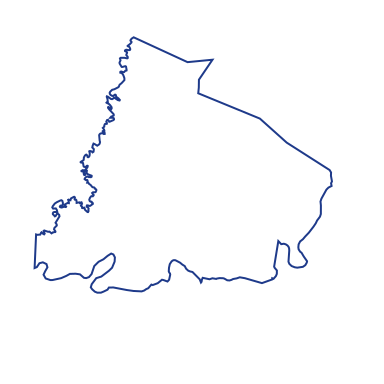 San Jorge Nuchita, Oaxaca, Mexico (orthographic projection), rotated 290°
{"feature_id": "50627088B4984202667575", "entity_name": "San Jorge Nuchita", "entity_type": "district", "adm_level": 2, "iso_a3": "MEX", "parent_name": "Mexico", "parent_adm1": "Oaxaca", "projection": "orthographic", "projection_center": [-98.098, 17.686], "detail": "fine", "context": "isolated", "style": "outline", "palette": "blue", "viewbox_px": 384, "rotation_deg": 290, "n_neighbors": 0, "source": "geoboundaries", "source_scale": "gbopen_adm2", "svg_char_len": 5774}
<svg xmlns="http://www.w3.org/2000/svg" viewBox="0 0 384 384"><g transform="rotate(290 192 192)"><path d="M268.1,87.3L265.9,87.2L265.0,86.7L262.0,83.9L260.7,82.0L258.2,80.8L257.0,80.7L256.0,81.3L255.3,82.4L255.0,84.2L255.4,85.1L257.2,86.4L257.2,87.0L256.9,87.4L256.1,87.8L255.5,88.4L254.8,90.9L253.8,92.7L253.2,92.6L253.0,90.9L254.1,86.5L252.8,85.9L251.9,85.1L251.7,84.0L252.8,80.3L252.8,79.3L252.3,79.3L250.6,80.7L247.8,82.1L247.3,81.3L246.7,81.1L246.5,81.8L246.4,83.6L245.6,85.4L244.2,87.4L243.2,87.9L242.4,87.8L242.5,87.0L243.3,84.4L242.9,84.1L242.3,84.4L241.2,86.1L238.4,91.6L237.6,92.2L237.0,92.2L235.7,91.0L235.4,90.4L233.8,89.8L234.6,91.9L234.6,92.8L234.5,93.4L233.5,93.9L232.7,93.6L229.9,90.6L229.7,90.2L230.8,89.0L231.0,88.4L230.9,88.0L230.6,87.6L228.8,87.4L227.9,88.3L227.4,88.6L226.9,88.6L226.4,87.3L226.0,86.9L224.6,86.8L223.4,87.2L221.7,86.3L220.6,88.0L219.6,88.7L218.7,87.3L218.3,87.4L218.1,88.9L217.7,89.7L216.7,90.1L216.3,89.3L216.6,88.0L216.1,86.6L215.3,85.7L214.5,85.4L213.7,85.3L208.6,87.7L207.5,88.5L205.8,88.7L204.9,88.4L203.1,87.1L203.7,84.3L203.8,82.9L201.7,82.8L199.7,83.1L199.1,84.5L198.7,85.1L196.2,85.7L195.2,85.0L195.8,83.8L195.7,82.4L195.3,81.6L194.9,81.6L193.8,82.5L192.4,83.0L191.1,83.3L190.0,83.2L189.2,82.6L189.1,82.2L189.2,81.9L190.3,81.1L190.9,80.3L191.0,79.9L190.7,79.5L189.6,78.9L187.4,78.6L185.3,79.2L184.7,79.1L182.2,77.1L181.8,77.2L181.7,77.5L182.1,79.4L181.9,79.7L179.0,81.4L178.8,81.8L178.9,83.4L180.6,84.2L180.9,84.6L180.9,85.0L180.1,85.3L179.0,85.2L176.3,84.0L176.5,85.1L176.2,85.9L175.1,86.1L175.3,85.0L175.3,82.2L175.1,81.7L173.9,80.9L173.7,81.1L174.1,83.1L173.9,83.6L172.9,83.6L171.4,84.5L171.1,85.0L171.5,85.7L172.1,85.8L173.2,85.4L173.6,85.9L173.6,86.9L173.0,88.3L173.0,92.0L172.8,92.3L171.9,92.4L171.3,91.9L171.1,90.7L170.7,90.1L170.8,88.6L170.2,87.5L168.7,86.8L167.6,86.6L167.3,86.7L166.9,88.3L167.4,89.4L167.2,89.8L166.5,90.2L164.9,90.3L165.3,91.4L164.5,92.3L163.9,94.4L162.8,96.2L162.5,96.9L162.8,98.4L162.6,99.1L161.9,99.5L161.9,100.4L161.3,101.4L160.5,101.6L158.9,101.4L158.6,101.0L157.9,99.1L156.9,98.5L156.1,99.5L155.6,100.6L155.1,100.7L154.0,100.2L153.8,99.1L153.3,98.6L151.5,98.1L149.6,98.1L148.5,99.0L148.2,99.9L148.5,100.3L148.5,101.1L147.7,101.6L147.6,102.6L146.9,102.9L144.2,101.1L143.9,100.6L143.8,98.6L143.4,97.8L142.5,97.9L142.1,98.3L141.9,99.3L141.5,100.1L140.9,100.6L140.2,100.6L138.7,101.3L137.6,101.2L137.4,100.7L138.6,97.7L139.4,96.9L140.0,96.7L140.5,96.2L140.3,95.7L139.5,95.0L139.4,94.2L140.8,93.5L141.0,93.1L141.0,92.5L141.3,92.2L143.3,92.7L144.5,91.8L144.5,91.4L143.4,90.8L143.1,90.4L143.7,89.6L142.3,87.3L143.8,86.7L144.9,86.0L145.1,85.6L144.7,84.7L144.9,84.3L145.1,84.1L146.9,83.8L147.2,82.9L146.9,82.5L144.6,80.5L142.7,80.6L142.7,78.7L142.3,78.3L140.3,79.8L139.4,80.1L139.2,78.9L136.8,76.8L136.1,77.1L135.3,78.7L134.7,78.6L134.5,77.9L134.8,77.2L133.2,75.4L132.7,74.5L132.7,73.2L133.1,72.8L134.1,73.0L134.5,73.5L135.2,75.0L136.0,75.0L137.8,74.3L139.4,73.1L139.6,72.1L139.0,71.2L136.1,68.4L134.2,67.0L130.9,66.0L129.7,66.0L128.9,67.2L130.0,69.6L128.9,71.1L127.1,72.3L126.2,69.6L125.5,68.7L124.4,68.5L123.5,68.9L122.9,70.3L122.2,71.5L122.9,72.1L125.7,72.6L125.6,73.7L125.1,75.0L123.8,75.8L116.4,74.3L115.3,75.9L114.2,76.4L111.2,75.0L109.8,75.1L108.3,77.1L107.9,77.3L107.6,77.2L107.4,76.4L106.7,75.8L106.6,75.2L105.1,74.2L106.0,71.6L105.4,70.4L105.3,66.3L104.6,65.9L102.5,67.8L101.6,67.5L101.8,66.3L102.7,64.4L102.1,64.1L100.1,64.0L98.9,61.4L98.8,60.0L66.7,70.1L68.4,71.9L72.9,73.0L74.9,75.9L74.5,79.9L71.8,81.9L67.1,81.1L63.5,80.8L60.7,84.1L60.8,89.1L61.6,91.1L66.3,98.5L70.2,102.6L73.3,105.3L75.4,110.6L76.3,114.9L74.4,119.8L74.9,122.0L76.8,124.3L80.5,125.7L89.0,125.5L94.5,128.1L98.5,131.8L103.1,134.5L106.5,137.1L106.4,139.5L104.2,141.9L100.1,143.1L93.5,142.8L89.6,140.9L81.5,135.7L78.3,131.5L71.1,129.3L67.8,129.5L66.4,131.5L65.1,134.8L65.0,137.5L66.3,140.9L68.1,142.9L71.3,146.0L73.8,146.6L75.4,150.8L77.6,164.3L79.0,170.9L81.4,178.7L83.1,180.8L85.1,182.2L86.6,183.8L91.1,185.5L91.1,186.9L94.6,191.0L99.3,193.8L99.5,195.3L99.5,199.6L101.7,200.5L106.9,199.8L107.9,199.2L108.5,198.2L109.5,197.3L112.9,196.3L116.6,195.8L119.6,196.5L120.9,197.2L121.8,198.3L122.2,199.8L121.5,205.0L120.5,207.7L119.9,210.5L117.9,212.7L116.8,215.3L116.7,217.3L117.0,219.8L112.6,229.1L110.0,231.4L110.9,231.7L112.9,231.3L115.0,231.4L116.0,238.3L117.9,240.7L118.6,244.5L119.1,244.9L120.5,247.3L121.6,250.7L121.7,251.9L121.1,255.3L121.7,257.5L122.9,259.1L124.3,260.4L126.1,263.5L128.2,266.1L129.1,271.2L130.3,288.9L137.2,297.2L138.4,296.9L138.3,298.3L141.7,299.6L144.1,299.7L147.3,298.6L149.1,295.5L150.0,294.7L175.4,289.9L173.5,293.7L174.8,296.0L174.9,298.0L174.4,300.0L173.6,301.4L172.3,302.5L170.3,303.4L159.5,306.5L157.8,308.0L156.5,310.9L156.4,314.3L156.9,316.8L159.6,321.8L162.0,323.5L164.9,324.0L166.3,323.8L169.6,319.1L172.4,315.7L172.9,314.0L174.6,311.8L176.5,310.8L179.3,310.1L182.5,310.5L185.6,312.4L188.9,313.6L193.7,315.7L200.9,318.0L204.9,319.0L208.0,319.3L212.6,320.7L215.4,320.6L223.5,317.7L227.0,316.0L230.0,315.9L240.2,317.5L242.8,318.7L245.4,321.1L247.8,319.7L249.8,319.9L254.8,317.0L257.9,316.0L259.7,313.8L270.8,264.1L284.2,230.7L286.9,164.1L292.4,162.7L299.9,160.1L323.3,166.0L312.5,143.4L317.4,84.3L315.4,82.8L313.7,82.3L313.2,82.4L312.3,83.9L311.6,83.9L309.6,83.0L307.3,81.5L307.1,81.6L307.0,82.2L307.0,83.2L306.6,83.9L305.5,84.9L304.8,85.2L304.1,85.0L303.7,84.2L303.2,81.5L302.1,80.6L301.5,80.9L301.2,83.0L300.6,83.4L298.6,83.3L298.1,83.5L297.1,85.3L296.0,85.8L295.4,85.4L295.0,82.7L293.7,79.1L292.9,78.6L291.2,79.8L288.9,79.6L287.9,80.1L285.5,83.1L285.8,84.0L287.4,86.2L287.3,87.1L284.2,88.9L283.7,88.9L283.2,87.9L281.5,87.2L281.1,86.6L281.0,84.2L280.5,83.6L279.6,83.8L279.7,85.5L278.4,87.4L275.9,89.5L274.0,90.2L270.0,88.5L268.1,87.3Z" fill="none" stroke="#1e3a8a" stroke-width="2"/></g></svg>